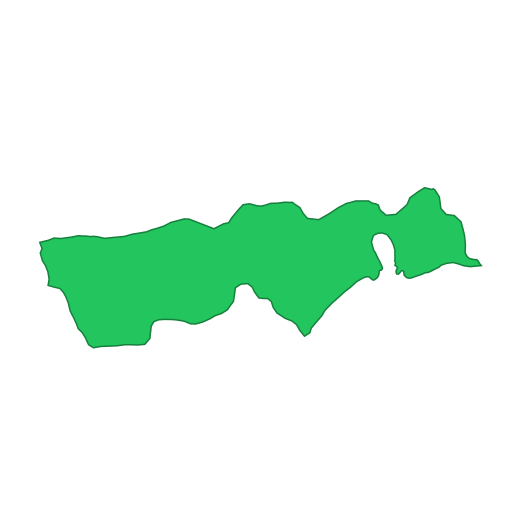 outline of Ndokwa East, Delta, Nigeria, rotated 246°
{"feature_id": "59680162B10854216301983", "entity_name": "Ndokwa East", "entity_type": "district", "adm_level": 2, "iso_a3": "NGA", "parent_name": "Nigeria", "parent_adm1": "Delta", "projection": "natural_earth1", "projection_center": [6.478, 5.659], "detail": "fine", "context": "isolated", "style": "filled", "palette": "green", "viewbox_px": 512, "rotation_deg": 246, "n_neighbors": 0, "source": "geoboundaries", "source_scale": "gbopen_adm2", "svg_char_len": 3030}
<svg xmlns="http://www.w3.org/2000/svg" viewBox="0 0 512 512"><g transform="rotate(246 256 256)"><path d="M241.5,414.9L237.1,400.8L240.3,391.3L243.4,390.1L245.7,388.8L248.4,388.0L251.5,388.4L252.9,388.5L254.7,386.8L257.2,383.5L260.6,381.1L264.3,372.7L265.7,369.5L266.6,363.5L267.3,359.9L267.1,358.5L266.7,350.8L264.9,340.6L263.8,329.1L263.7,328.0L269.5,318.2L275.8,316.4L281.1,315.9L282.4,315.8L287.5,312.5L290.2,311.1L291.7,307.6L293.6,303.8L294.4,300.7L295.8,296.4L296.5,294.8L298.1,291.0L298.7,285.0L299.5,280.8L301.6,277.2L304.1,274.1L306.3,271.4L308.1,265.1L306.1,260.3L303.7,255.2L301.9,251.7L301.0,249.8L300.8,249.4L297.5,244.5L298.6,239.6L298.0,228.7L316.8,210.0L319.1,205.5L321.3,191.7L320.8,183.9L321.5,177.2L322.4,171.0L322.6,165.8L325.1,156.1L326.1,152.6L327.5,143.4L330.7,134.1L333.7,124.9L337.4,119.9L339.9,116.0L341.2,112.4L343.6,108.4L345.0,105.2L346.8,102.0L348.2,95.6L351.3,84.9L354.5,78.9L354.7,74.7L354.8,72.6L356.4,64.0L349.8,63.6L346.4,60.1L338.4,59.0L332.7,59.8L326.4,59.5L319.0,57.6L313.7,54.1L309.7,58.9L306.1,63.6L301.4,65.2L296.1,65.7L289.4,65.4L281.4,63.9L277.0,64.1L274.0,64.3L266.7,64.4L262.0,64.0L256.7,66.1L250.7,66.9L247.8,66.9L243.0,67.0L241.8,67.8L238.3,70.2L236.4,77.7L233.7,84.4L230.4,92.8L228.5,99.5L227.5,101.9L226.5,104.2L222.8,111.8L220.5,118.5L223.9,125.6L229.9,129.0L230.0,129.1L234.6,131.8L237.6,136.1L237.3,141.2L235.3,146.7L232.3,153.1L229.7,157.8L225.7,163.8L220.7,168.6L218.4,173.3L217.9,176.8L217.4,180.4L217.4,188.7L218.1,194.2L217.5,201.3L218.5,208.0L221.2,212.4L222.2,214.2L223.8,217.0L229.1,220.4L235.4,224.3L236.4,230.8L234.1,237.3L229.0,239.9L223.8,240.0L216.5,241.6L214.7,244.6L214.2,245.4L212.5,249.2L208.3,251.5L202.0,250.8L195.3,252.0L190.8,255.0L187.3,257.2L182.0,262.4L176.7,265.2L170.4,265.7L163.0,267.7L164.0,274.0L167.7,277.2L174.8,292.1L177.9,296.3L179.1,298.9L182.2,306.7L184.3,313.4L187.3,322.4L189.0,329.5L191.7,337.7L192.4,345.6L192.2,348.3L190.8,351.0L187.8,352.2L186.4,353.1L186.0,354.5L186.7,357.5L188.1,359.9L190.6,361.6L192.0,362.4L192.5,363.8L192.1,364.7L193.0,366.4L194.4,366.8L199.9,366.8L203.6,366.5L208.0,366.4L211.0,366.4L212.1,366.0L214.7,366.0L222.0,367.2L224.1,369.1L226.3,371.0L227.2,372.7L227.1,376.9L225.7,380.7L222.2,384.4L215.6,386.0L210.6,386.1L204.9,385.3L196.2,381.5L195.1,380.7L193.2,380.8L190.8,379.1L189.6,380.1L187.9,380.6L185.6,378.0L183.7,377.2L182.2,377.4L181.5,378.7L182.2,380.6L183.4,382.9L182.7,384.3L181.6,384.6L178.3,383.5L175.0,384.8L173.4,386.9L172.7,389.1L172.6,391.8L172.4,394.3L171.8,399.8L171.9,403.8L171.0,406.3L170.9,408.8L171.3,415.8L171.4,418.9L172.3,421.2L171.7,427.5L171.0,429.7L169.8,433.5L166.8,437.3L162.7,441.7L159.1,447.4L155.6,457.9L158.1,457.2L161.2,456.9L162.9,456.2L163.9,454.0L165.2,452.2L166.9,449.9L169.4,448.7L173.8,448.3L181.1,451.9L189.9,454.8L195.1,455.8L196.2,456.0L203.9,457.2L206.4,456.1L212.3,453.6L216.5,446.7L224.2,444.2L231.2,446.3L235.4,447.5L243.8,446.3L245.4,445.1L245.2,443.8L249.8,437.8L248.8,430.4L246.6,420.3L241.5,414.9Z" fill="#22c55e" stroke="#15803d" stroke-width="1.5"/></g></svg>